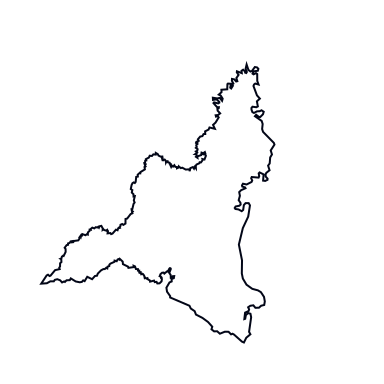 the district of Selaphum, Roi Et, Thailand, rotated 201°
{"feature_id": "78962969B97010447332872", "entity_name": "Selaphum", "entity_type": "district", "adm_level": 2, "iso_a3": "THA", "parent_name": "Thailand", "parent_adm1": "Roi Et", "projection": "robinson", "projection_center": [104.072, 16.013], "detail": "fine", "context": "isolated", "style": "outline", "palette": "ink", "viewbox_px": 384, "rotation_deg": 201, "n_neighbors": 0, "source": "geoboundaries", "source_scale": "gbopen_adm2", "svg_char_len": 6028}
<svg xmlns="http://www.w3.org/2000/svg" viewBox="0 0 384 384"><g transform="rotate(201 192 192)"><path d="M180.6,325.4L183.1,326.2L186.7,330.6L186.1,326.2L183.8,323.7L184.0,322.5L185.2,322.5L185.6,323.5L188.1,324.5L189.2,322.9L188.1,320.8L193.3,320.8L193.1,319.8L190.5,318.0L191.4,314.3L189.4,311.7L190.4,311.0L192.9,312.3L195.2,311.9L194.6,310.1L192.2,308.0L193.1,306.4L191.9,305.8L192.5,302.7L193.7,303.1L194.4,307.0L197.3,306.1L197.6,305.4L195.9,300.5L201.2,298.0L200.2,295.8L201.9,292.5L199.7,292.3L196.8,290.1L196.6,287.9L199.8,289.8L202.0,288.4L206.3,287.5L205.4,285.5L202.3,287.3L198.8,285.9L198.5,285.2L199.3,284.1L203.5,283.6L203.8,282.7L199.0,280.2L197.3,280.8L197.1,279.7L198.1,278.7L197.2,277.1L193.9,275.5L195.3,273.2L197.4,272.1L196.6,271.0L195.4,272.1L193.8,271.2L194.9,265.2L196.4,262.2L193.3,259.2L198.8,258.5L198.9,256.2L201.5,253.3L200.4,250.9L202.0,250.2L202.3,247.9L204.2,246.7L205.4,243.3L204.1,242.2L205.9,240.4L205.9,239.2L205.3,238.9L204.6,240.1L204.1,238.6L204.8,238.2L204.7,236.9L203.7,235.8L204.2,234.6L202.1,234.0L201.9,232.3L202.9,231.3L201.3,230.6L202.6,228.5L201.3,228.9L200.7,227.4L201.0,226.3L199.2,225.9L199.9,227.1L196.7,229.7L197.2,232.2L196.0,232.2L196.2,231.1L194.8,231.3L195.1,232.7L194.3,233.9L193.3,232.7L193.8,231.6L193.0,231.8L192.0,230.8L192.0,226.8L194.1,226.5L193.5,225.6L194.2,222.9L195.5,222.5L195.4,221.5L197.6,219.3L197.9,217.9L196.9,215.6L198.4,216.6L198.5,214.5L200.1,215.6L202.1,213.7L201.6,210.6L202.7,212.2L205.9,210.7L209.8,211.2L211.0,210.3L213.3,211.1L213.0,210.3L214.5,208.8L214.9,209.9L216.6,209.5L218.1,210.7L218.8,208.9L220.4,209.5L220.5,208.0L222.0,209.5L221.9,210.4L223.0,210.4L223.4,211.3L225.1,211.1L225.8,212.0L226.8,211.3L226.9,210.3L227.6,211.7L229.1,212.5L230.6,212.0L230.3,211.3L230.9,211.1L232.4,213.2L231.9,213.6L232.4,214.5L233.9,213.8L236.3,214.0L237.5,215.1L239.8,215.5L239.3,213.9L241.6,213.3L242.3,211.3L244.5,210.7L244.6,208.7L246.8,206.2L246.0,205.1L246.9,204.5L246.4,202.7L247.0,202.0L246.2,201.0L245.2,201.2L245.3,198.8L244.7,198.8L245.1,198.0L244.1,196.2L247.2,192.2L247.0,191.1L247.6,191.2L248.9,188.7L248.1,187.0L249.5,186.1L248.2,181.2L248.6,179.9L249.8,180.1L250.7,179.0L250.9,176.9L250.2,172.8L248.4,172.4L248.0,169.9L245.8,168.9L245.0,166.9L243.9,167.6L243.3,163.3L241.8,161.6L242.3,160.0L241.6,154.7L242.3,154.3L241.6,153.1L240.3,152.6L240.8,151.7L240.0,150.8L241.4,149.4L243.0,144.0L244.4,143.0L242.8,138.7L244.3,136.7L245.7,137.1L247.0,135.8L246.6,134.0L247.2,133.0L246.6,132.6L247.9,131.7L247.8,129.6L249.5,129.6L251.3,124.7L252.4,123.7L253.5,124.4L256.0,123.1L256.3,124.4L256.8,123.8L256.3,124.9L257.6,126.3L258.3,125.2L260.5,125.0L261.5,125.6L261.9,124.8L262.3,126.0L264.5,127.9L266.0,126.9L266.1,125.3L267.1,125.9L267.7,124.9L269.2,124.7L270.2,123.0L272.3,123.0L273.4,121.0L273.0,120.5L274.1,120.2L273.7,118.9L274.7,117.0L274.0,114.9L275.1,114.9L275.9,113.5L279.2,113.4L279.1,112.0L279.9,112.0L279.8,111.1L280.2,111.6L280.9,109.0L280.3,108.3L280.8,106.1L284.6,104.0L284.9,102.6L285.9,102.1L286.1,103.3L287.6,102.4L288.0,100.6L289.3,99.6L288.8,98.3L290.0,97.5L290.9,94.3L289.6,93.5L288.5,90.8L288.9,86.3L289.5,86.4L290.3,85.0L290.1,83.1L290.8,82.5L289.9,82.3L288.8,79.8L289.6,78.2L288.5,75.2L288.8,73.7L287.9,72.6L291.8,70.0L294.1,63.2L294.9,62.5L296.8,63.2L297.8,62.0L299.9,52.4L294.8,54.8L292.3,57.8L289.0,59.1L288.6,60.8L286.5,62.3L283.4,62.3L280.9,61.0L279.3,62.7L278.4,62.5L277.5,64.6L274.5,65.9L274.2,67.9L268.5,66.8L264.4,67.5L262.6,68.6L261.9,70.5L260.3,70.3L259.4,75.3L254.0,74.8L252.5,78.8L250.7,79.8L250.7,82.1L248.8,86.3L247.1,88.3L245.8,88.8L245.0,90.4L243.7,90.3L244.1,92.0L242.7,93.2L243.1,94.6L242.5,95.9L239.4,99.0L239.7,100.2L237.5,100.4L237.3,102.2L236.7,103.0L235.6,102.8L235.5,103.7L231.8,102.2L230.6,99.9L225.0,99.4L224.2,98.4L219.5,101.0L220.1,102.2L218.5,102.1L216.8,100.0L214.8,100.6L214.3,99.3L213.1,99.7L212.7,98.5L211.5,98.7L211.7,97.8L209.9,97.9L209.8,97.1L208.3,97.8L206.7,96.8L205.3,94.7L204.8,95.3L203.5,94.8L202.7,95.6L202.0,94.7L199.6,94.3L199.0,93.3L195.7,95.7L194.5,94.5L192.9,95.4L191.6,94.2L189.6,95.1L188.4,97.6L188.9,100.0L189.9,100.8L189.6,102.1L190.4,101.1L190.9,101.9L192.0,101.8L192.0,104.0L191.0,105.9L189.6,106.6L188.6,105.9L186.7,109.2L185.6,109.0L185.9,111.4L185.5,112.9L184.8,113.1L184.2,112.6L184.2,108.3L182.1,106.8L181.0,104.1L180.5,104.1L179.8,106.5L178.5,107.1L178.1,105.0L179.9,103.5L178.9,101.2L180.6,99.5L181.6,93.5L179.6,90.0L175.1,87.0L174.6,85.7L153.6,84.9L151.4,82.8L146.8,81.7L144.4,79.0L137.1,78.2L130.5,76.4L124.8,73.5L124.6,70.8L121.4,69.8L118.6,71.0L115.2,69.7L111.3,73.3L107.8,74.6L104.5,73.1L103.4,74.2L101.8,74.0L91.7,70.2L89.6,70.1L89.1,75.4L86.5,80.1L88.6,81.9L91.9,96.3L93.8,99.3L96.1,99.1L97.6,96.5L96.9,92.7L97.6,92.1L99.2,98.4L96.5,101.2L96.6,102.9L98.3,104.5L96.8,106.7L94.1,108.2L91.3,106.6L88.0,108.0L86.7,110.6L84.1,112.4L84.8,115.9L87.2,119.9L91.8,123.2L95.2,123.8L101.0,123.2L107.9,125.0L113.5,129.4L116.3,133.8L120.8,146.1L129.4,159.7L131.6,176.5L130.7,189.1L133.1,200.3L135.1,201.9L138.0,200.8L138.9,198.4L137.8,193.6L138.7,191.9L142.3,192.4L145.4,191.7L146.4,192.4L146.1,194.1L142.8,196.2L142.1,197.7L142.9,199.3L145.5,201.1L145.9,205.6L147.9,208.8L146.8,211.3L143.4,214.7L144.1,215.3L147.0,215.1L147.7,216.1L147.4,218.0L143.7,218.6L140.0,222.7L139.9,224.3L141.7,226.1L141.6,227.4L135.0,229.3L134.9,230.8L136.4,233.3L135.9,234.5L131.5,234.1L129.7,228.1L127.6,228.6L125.9,230.4L126.2,231.5L128.7,232.8L129.6,234.7L129.5,236.5L127.4,240.1L130.4,243.9L129.7,246.5L131.4,252.3L130.8,255.7L133.4,259.0L132.0,265.8L133.2,267.2L147.2,273.6L149.1,275.9L150.4,280.8L152.4,283.3L160.4,285.3L159.8,287.1L156.5,286.1L155.2,286.4L153.6,290.0L153.8,292.6L156.4,293.2L157.7,291.7L160.2,290.6L162.5,288.0L164.2,288.2L165.9,290.1L166.6,291.7L166.1,293.3L162.3,294.2L161.2,295.5L163.9,299.9L162.1,303.5L166.0,305.5L172.6,313.0L172.6,314.6L171.8,315.9L168.4,316.2L170.9,319.1L173.4,325.5L174.8,325.9L176.7,323.9L177.9,324.2L177.7,326.7L174.0,328.8L174.2,330.8L175.9,331.6L178.1,331.2L179.4,326.4L180.6,325.4Z" fill="none" stroke="#020617" stroke-width="2"/></g></svg>